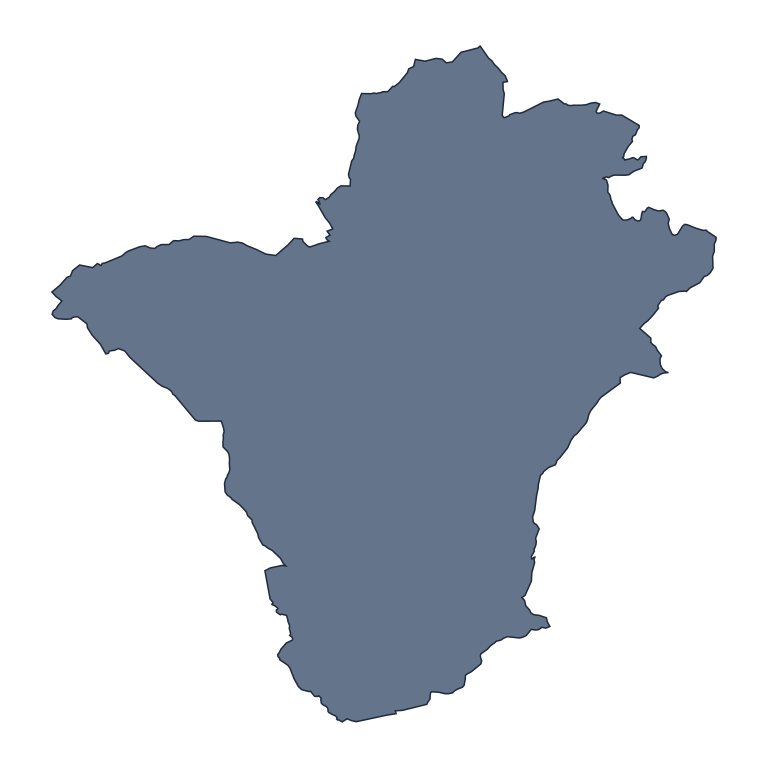 Corbeni, Arges, Romania (Robinson projection)
{"feature_id": "2599482B87595720625527", "entity_name": "Corbeni", "entity_type": "district", "adm_level": 2, "iso_a3": "ROU", "parent_name": "Romania", "parent_adm1": "Arges", "projection": "robinson", "projection_center": [24.667, 45.289], "detail": "fine", "context": "isolated", "style": "filled", "palette": "slate", "viewbox_px": 768, "rotation_deg": 0, "n_neighbors": 0, "source": "geoboundaries", "source_scale": "gbopen_adm2", "svg_char_len": 6071}
<svg xmlns="http://www.w3.org/2000/svg" viewBox="0 0 768 768"><path d="M653.7,377.9L657.7,376.1L660.5,374.2L663.9,373.0L668.5,372.6L665.7,371.8L662.2,368.6L660.5,365.1L660.0,361.2L660.1,358.4L661.5,355.8L657.2,350.1L655.6,346.6L652.6,344.4L650.8,342.4L650.8,338.1L639.7,328.4L644.2,323.5L647.8,320.8L653.4,314.7L658.6,308.1L657.7,305.9L659.9,302.5L661.5,300.3L663.5,299.8L665.5,296.9L667.6,295.5L678.9,291.5L684.5,291.1L686.4,291.5L690.2,287.8L699.8,282.7L704.3,276.4L707.0,275.6L710.2,272.8L713.0,268.3L712.6,256.1L714.3,251.4L714.3,244.0L716.0,240.1L716.1,237.3L707.3,231.4L706.3,230.2L702.9,230.3L695.6,228.1L687.0,224.6L684.5,224.4L682.4,226.3L677.5,234.3L674.6,235.3L672.3,234.6L669.4,228.5L668.2,223.4L669.3,219.3L666.7,213.3L665.3,211.6L663.0,210.2L658.6,211.0L653.6,209.5L648.6,207.3L647.3,208.1L645.0,211.4L644.0,211.8L642.5,211.4L641.6,214.1L641.2,217.7L640.4,220.3L637.9,221.1L634.7,219.6L633.1,217.3L632.0,217.3L630.9,218.4L627.1,220.0L623.3,220.1L621.7,218.9L618.5,215.1L612.2,203.3L611.9,201.5L611.0,199.9L610.3,196.2L609.6,194.5L607.8,192.2L608.0,185.2L606.5,180.1L605.2,179.2L602.9,178.6L603.6,177.8L606.6,176.9L608.8,177.7L610.4,176.5L614.0,175.1L625.5,175.2L629.0,174.7L633.7,171.3L642.1,168.0L643.4,163.6L645.0,162.0L645.9,160.1L646.4,158.0L646.4,156.4L640.9,156.8L638.4,159.6L637.2,159.8L633.9,157.8L632.3,157.7L629.9,158.8L624.6,160.0L624.4,159.1L622.6,157.7L623.7,156.7L624.1,153.8L628.3,146.4L632.5,141.4L631.9,139.4L632.8,136.2L635.4,134.9L637.5,129.7L639.1,127.8L639.2,125.5L621.9,115.1L616.3,115.1L603.4,111.0L599.9,113.1L597.1,113.2L596.1,111.5L599.7,104.0L595.6,102.5L590.8,103.1L586.0,104.8L580.9,105.2L573.7,105.2L570.8,105.6L567.9,105.2L566.1,103.9L564.1,103.8L558.1,99.0L548.5,101.3L543.8,102.0L523.8,112.0L519.6,113.3L517.3,112.6L515.1,112.7L509.7,114.7L509.1,115.8L504.2,117.8L502.2,115.5L504.3,93.7L503.1,89.6L503.0,82.3L507.4,81.6L507.0,80.0L505.1,75.6L501.6,72.4L498.0,67.9L494.2,64.3L491.8,60.7L488.6,58.2L480.2,46.1L479.6,46.3L478.1,47.9L461.0,52.3L452.4,61.9L446.4,62.8L442.0,59.1L435.9,58.4L425.1,61.2L415.4,59.4L413.6,66.5L408.7,68.9L407.4,72.7L399.3,82.6L394.4,86.5L392.6,86.4L387.9,91.6L382.2,91.8L381.6,92.5L377.7,93.1L376.4,93.6L374.0,93.0L371.1,93.7L361.6,93.5L359.3,99.3L357.9,105.3L355.3,112.9L355.9,116.1L359.6,121.3L357.7,125.4L357.4,129.3L359.3,136.2L359.0,138.7L356.2,146.0L355.5,151.2L354.0,155.8L353.9,157.9L351.7,161.0L348.5,174.3L349.2,177.8L350.5,179.2L350.1,186.0L340.8,185.9L337.4,188.0L334.5,191.5L330.9,194.5L329.3,197.2L325.1,199.7L323.0,197.8L319.7,197.6L317.9,199.5L318.9,201.0L320.2,204.7L316.8,201.6L315.9,202.1L318.7,206.3L325.0,217.4L329.8,223.4L332.7,228.9L327.1,231.2L330.0,235.2L325.8,237.6L326.9,239.7L329.2,241.2L319.1,243.8L310.2,246.9L308.7,246.7L307.2,245.7L303.0,241.5L302.5,239.0L294.1,238.3L288.2,244.7L275.8,255.5L265.9,254.1L256.0,249.3L247.2,245.8L242.3,243.0L237.5,242.1L230.4,242.9L206.3,236.4L193.8,236.2L189.1,239.5L183.7,239.6L178.9,240.9L173.6,240.6L169.2,244.5L161.1,244.6L156.9,246.6L154.9,248.4L150.2,248.0L145.2,245.8L139.8,246.7L127.9,251.2L125.4,252.8L122.0,255.9L104.8,263.0L102.2,263.4L101.1,265.5L97.4,263.5L92.7,267.6L79.6,265.0L72.6,270.6L70.4,276.1L67.1,277.2L59.9,285.3L51.9,292.0L55.9,296.4L61.9,301.0L58.0,305.5L56.2,308.5L53.2,310.9L52.1,314.3L55.0,317.6L58.0,318.8L66.2,319.3L71.5,318.8L72.2,317.6L75.0,316.9L77.8,316.8L87.0,323.9L87.4,327.7L92.1,335.1L100.4,344.3L105.8,353.9L108.2,353.4L108.8,352.8L108.9,351.6L109.4,351.0L114.8,350.2L118.4,348.6L124.8,351.0L129.9,357.4L157.7,383.2L162.2,386.3L167.4,388.2L171.0,390.9L172.0,392.1L172.7,394.0L175.0,395.7L195.4,420.1L198.7,421.2L221.3,421.1L223.6,428.3L224.1,431.7L223.1,435.5L223.4,438.3L222.9,442.4L223.0,446.9L227.2,451.2L228.9,453.8L229.6,459.2L229.3,463.6L229.8,469.2L229.2,472.0L227.5,475.1L227.0,477.2L225.7,479.0L224.5,483.6L225.1,491.9L227.1,494.9L231.0,497.8L232.1,499.4L239.5,504.6L246.2,511.7L247.7,515.7L252.1,520.1L252.1,522.3L257.7,533.6L258.6,537.7L262.8,545.0L264.6,545.6L268.1,548.2L272.3,550.5L280.6,558.5L283.3,563.5L285.7,565.9L282.1,565.4L270.4,567.9L264.9,570.7L270.1,599.0L272.9,602.4L272.7,603.4L272.0,603.8L272.0,604.6L274.6,605.6L277.7,608.1L277.9,608.8L277.5,609.4L276.4,609.9L276.4,612.0L277.9,613.2L280.3,614.8L281.6,614.2L286.5,615.4L287.8,619.7L287.9,621.2L289.7,625.9L289.2,628.1L290.7,633.9L289.7,635.5L291.7,636.7L292.7,638.8L292.3,640.1L286.3,643.0L280.9,649.2L279.1,652.9L277.7,654.5L278.0,656.5L279.4,658.1L280.1,660.1L287.6,665.0L289.8,667.8L294.1,678.8L298.3,686.4L301.6,689.6L308.4,691.5L310.6,691.4L314.5,696.2L315.8,696.5L318.1,696.3L318.1,696.0L319.0,695.9L321.2,698.3L320.8,699.7L321.4,703.3L322.7,704.6L326.6,706.8L327.8,708.4L328.1,711.6L328.8,712.5L332.3,714.5L335.4,715.8L337.3,717.9L336.6,719.0L337.5,720.0L339.0,720.0L342.3,721.9L347.0,718.8L351.5,720.6L356.3,721.7L386.6,715.2L396.1,713.7L395.3,710.8L402.4,710.4L426.9,704.3L427.8,702.2L430.0,699.1L430.3,694.1L430.8,692.4L431.7,691.8L438.5,692.2L444.9,693.7L448.5,693.7L452.5,692.9L454.6,690.8L457.8,689.0L462.4,687.3L464.1,685.3L465.3,678.9L465.4,675.4L467.1,674.0L471.5,671.6L481.0,663.8L481.7,660.7L480.8,658.4L480.3,655.9L480.8,653.9L487.3,649.3L490.8,645.5L494.8,642.7L496.2,641.3L500.9,640.1L503.5,638.3L507.2,636.7L519.7,638.0L523.3,637.0L526.3,635.5L531.2,629.4L535.5,630.0L538.4,629.7L540.6,628.4L541.4,627.3L545.9,628.1L549.9,626.5L547.1,621.4L546.5,617.8L539.0,615.3L533.8,614.7L530.9,612.9L529.6,610.0L525.8,605.8L524.5,600.3L521.9,597.5L525.1,595.3L531.4,581.1L531.8,572.9L534.6,562.7L534.1,559.3L534.9,557.1L534.3,557.1L532.0,559.0L531.4,558.4L531.4,556.5L534.4,551.0L533.9,549.1L534.6,548.4L536.0,544.5L536.3,541.1L535.7,539.4L535.8,537.7L539.2,528.9L536.6,524.7L534.8,523.7L533.4,522.4L532.6,517.0L534.7,510.6L536.6,495.4L538.2,488.0L538.3,484.7L540.5,475.3L542.7,473.4L543.6,471.6L548.6,467.5L555.3,464.8L556.3,462.9L556.7,460.9L560.4,457.0L567.7,447.8L571.1,440.2L574.4,435.5L576.9,433.8L586.4,422.6L587.5,419.8L588.9,414.2L590.9,410.4L597.5,402.3L598.5,400.3L600.8,397.4L620.3,383.1L620.0,377.8L624.4,375.0L630.7,372.4L653.7,377.9Z" fill="#64748b" stroke="#1e293b" stroke-width="1.5"/></svg>